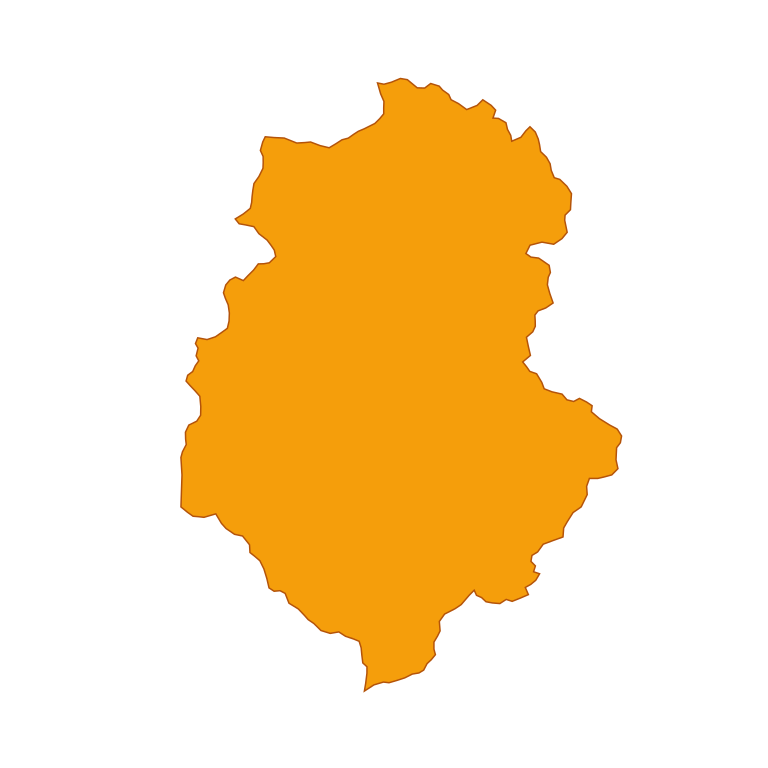 Guareí, São Paulo, Brazil, rotated 77°
{"feature_id": "56859067B44284310246049", "entity_name": "Guareí", "entity_type": "district", "adm_level": 2, "iso_a3": "BRA", "parent_name": "Brazil", "parent_adm1": "São Paulo", "projection": "orthographic", "projection_center": [-48.224, -23.376], "detail": "fine", "context": "isolated", "style": "filled", "palette": "amber", "viewbox_px": 768, "rotation_deg": 77, "n_neighbors": 0, "source": "geoboundaries", "source_scale": "gbopen_adm2", "svg_char_len": 3273}
<svg xmlns="http://www.w3.org/2000/svg" viewBox="0 0 768 768"><g transform="rotate(77 384 384)"><path d="M427.2,601.3L458.1,609.5L464.7,604.4L469.9,599.8L471.6,594.5L473.4,589.4L472.7,577.1L483.3,573.7L489.3,570.4L496.8,563.5L500.3,556.0L510.4,551.2L518.1,552.5L522.3,549.1L528.3,544.7L537.2,542.6L547.4,541.9L556.8,541.9L561.2,537.7L562.0,531.8L565.8,527.4L576.2,525.9L583.9,518.1L591.0,513.9L596.5,510.9L601.6,506.2L610.0,500.9L614.9,492.5L615.4,483.8L621.2,478.2L625.6,471.0L629.1,466.1L635.9,465.6L642.6,466.5L651.0,467.4L655.7,464.2L662.0,465.7L671.6,469.2L678.8,472.2L674.9,461.5L674.3,451.6L676.2,446.3L675.7,437.7L675.0,429.9L673.0,421.7L673.4,414.9L671.7,409.7L666.2,405.0L663.1,399.7L659.3,394.8L653.6,395.0L646.7,393.4L641.6,388.5L637.2,384.9L627.8,383.5L621.8,376.7L618.9,365.2L616.3,358.4L609.0,348.5L605.2,342.5L610.7,341.4L614.0,337.0L619.1,333.6L621.7,327.7L624.0,320.5L621.4,313.4L624.6,308.0L623.3,299.5L621.7,290.7L614.0,292.1L612.3,286.1L609.3,280.2L603.9,275.1L600.6,280.5L595.3,277.4L589.9,280.7L584.3,278.4L582.2,272.1L575.9,264.9L574.5,254.1L573.3,244.0L564.7,241.3L559.5,236.5L551.8,228.7L548.1,219.5L537.5,210.9L529.3,209.6L522.2,205.1L524.1,197.0L524.1,190.3L523.8,182.5L519.1,175.1L510.1,175.0L498.4,171.7L494.4,166.9L488.1,164.2L480.4,166.9L474.7,173.4L466.2,181.9L457.7,188.2L452.0,186.1L447.1,190.7L442.0,196.8L443.7,203.1L440.6,209.3L433.9,212.8L429.4,222.1L424.7,229.0L417.9,229.9L408.4,233.0L404.5,239.1L399.3,241.2L393.7,243.9L389.1,234.9L379.3,234.9L370.5,234.7L366.6,227.3L361.8,223.6L356.7,222.5L350.8,221.5L347.4,217.4L346.3,209.3L343.1,201.0L333.1,202.1L324.1,202.5L317.0,200.0L312.8,196.8L305.5,196.4L296.1,205.0L293.4,212.3L288.8,216.4L281.6,210.5L281.3,198.2L286.0,187.2L282.4,177.9L277.4,171.4L265.1,171.1L260.2,169.6L256.1,163.1L249.8,161.3L240.7,158.5L232.5,161.3L224.2,166.7L221.3,171.7L213.5,173.0L206.8,172.6L199.6,174.7L192.8,179.1L185.6,178.6L180.0,178.6L172.5,179.9L166.2,183.9L169.2,188.8L174.4,195.1L176.2,204.9L170.2,204.6L163.7,206.4L156.9,206.4L151.0,212.7L149.4,218.0L142.3,213.6L136.6,216.9L129.3,223.8L133.5,230.6L135.2,241.7L127.7,248.2L122.1,254.7L116.5,255.8L110.8,260.8L106.2,263.2L101.7,270.9L104.8,277.8L102.9,285.0L92.7,292.8L90.0,299.3L91.6,308.9L91.9,316.6L89.2,322.6L100.5,322.0L108.7,320.5L115.0,322.2L120.7,323.5L124.5,328.5L128.1,334.3L130.9,345.9L132.0,352.2L133.9,357.4L136.4,363.5L136.6,370.0L139.1,376.9L141.5,384.3L137.3,392.7L131.7,401.1L130.9,407.1L129.6,414.8L121.9,425.9L119.2,435.5L116.4,444.1L120.9,447.7L128.6,451.9L135.1,450.6L141.1,451.9L146.6,453.4L153.7,459.2L159.4,465.6L165.7,468.2L171.8,470.4L177.3,472.1L182.8,474.8L186.7,482.9L189.7,491.8L195.3,489.1L197.8,483.2L201.4,475.4L209.4,472.1L217.5,465.5L223.6,462.8L228.8,460.8L235.5,460.8L240.1,468.5L239.8,474.0L238.7,479.5L243.7,485.5L247.8,492.1L251.6,497.8L246.4,504.7L248.0,510.8L251.9,515.9L259.0,519.9L264.7,519.3L271.8,518.0L280.0,518.7L287.8,520.8L294.5,524.1L297.1,530.2L300.1,537.7L300.9,546.4L297.1,555.1L302.2,558.6L307.2,557.1L314.3,560.7L319.8,559.3L323.7,563.7L328.8,567.6L331.3,573.3L336.6,576.2L341.9,573.3L348.0,569.7L354.5,566.2L364.8,567.6L373.2,569.7L378.1,574.8L380.1,583.4L386.3,588.3L393.1,589.7L398.5,590.3L404.7,595.6L409.9,598.4L427.2,601.3Z" fill="#f59e0b" stroke="#b45309" stroke-width="1.5"/></g></svg>